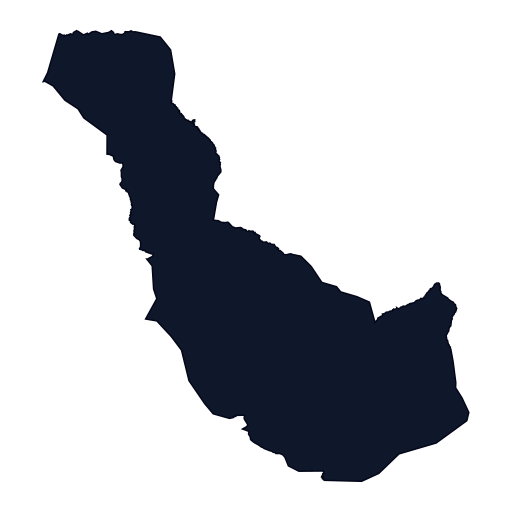 O'mnodelger, Hentiy, Mongolia
{"feature_id": "93677404B98015176307240", "entity_name": "O'mnodelger", "entity_type": "district", "adm_level": 2, "iso_a3": "MNG", "parent_name": "Mongolia", "parent_adm1": "Hentiy", "projection": "robinson", "projection_center": [109.533, 48.49], "detail": "fine", "context": "isolated", "style": "filled", "palette": "ink", "viewbox_px": 512, "rotation_deg": 0, "n_neighbors": 0, "source": "geoboundaries", "source_scale": "gbopen_adm2", "svg_char_len": 6052}
<svg xmlns="http://www.w3.org/2000/svg" viewBox="0 0 512 512"><path d="M160.2,37.0L135.5,31.8L133.1,31.9L131.0,30.8L129.0,31.8L125.1,31.7L124.7,33.1L122.5,34.5L120.4,34.5L117.4,33.8L114.9,34.5L114.0,34.1L113.5,32.4L111.4,30.7L108.8,32.4L101.8,33.8L95.8,31.3L91.9,31.9L88.4,34.2L87.5,33.2L83.4,34.9L77.7,31.1L76.9,31.2L76.6,30.7L73.4,32.5L73.5,33.2L72.5,34.4L70.2,33.8L69.8,34.5L68.7,34.6L68.5,35.1L67.5,35.4L67.5,35.0L66.7,34.9L66.2,35.4L64.2,35.9L64.1,35.1L62.7,35.4L59.8,33.7L59.0,34.0L58.8,34.5L47.6,72.8L43.2,81.6L44.9,81.3L53.1,85.9L64.9,100.2L78.0,108.8L83.8,117.9L107.1,135.0L107.0,154.2L109.5,154.4L111.3,155.4L113.0,155.7L113.1,156.5L113.7,157.5L113.7,158.8L114.5,160.4L115.5,161.5L120.1,163.1L122.5,162.8L123.1,165.2L123.0,166.9L121.0,170.3L121.4,172.4L121.4,176.6L122.0,178.2L122.2,180.5L121.5,182.4L120.3,183.3L120.0,184.5L122.3,187.9L126.0,189.7L125.8,190.8L126.8,191.2L127.1,191.8L128.3,192.2L129.5,196.0L130.4,197.8L130.5,199.8L131.0,200.3L131.2,202.0L131.7,203.2L131.4,204.5L131.8,204.8L131.7,205.5L132.6,206.6L132.2,207.0L132.1,208.9L130.8,209.7L131.3,210.5L130.5,212.6L131.2,214.2L130.4,214.5L129.9,215.5L130.5,216.0L130.6,216.5L129.6,217.6L129.2,219.5L129.4,220.3L130.6,220.3L130.5,222.1L131.4,223.2L132.1,223.2L132.4,223.9L133.1,224.3L134.1,223.9L134.9,225.2L134.3,226.6L134.9,227.2L134.3,227.9L134.7,228.3L134.3,229.7L134.6,230.2L133.9,231.0L134.4,231.7L134.1,232.2L134.5,232.6L134.3,233.5L133.8,233.7L133.8,235.2L136.7,238.4L139.3,239.8L140.2,240.9L140.6,242.8L140.6,246.3L140.5,247.1L139.5,248.6L139.7,249.3L141.6,249.6L142.7,250.4L144.8,250.5L145.5,251.7L151.5,253.9L153.3,253.9L153.3,254.3L152.6,256.2L152.0,256.7L149.0,258.1L148.5,258.9L146.7,259.0L152.2,265.9L153.6,289.0L156.8,298.7L145.6,319.0L156.8,320.9L171.2,336.4L181.5,350.1L189.0,380.7L204.8,403.8L213.2,413.8L229.5,418.4L233.4,417.5L233.3,417.0L235.0,416.5L235.5,415.7L235.9,416.1L236.2,415.4L244.2,415.2L244.6,416.0L244.1,417.5L244.4,419.2L247.8,424.7L246.9,426.5L242.5,429.0L249.2,431.5L248.6,432.9L248.6,434.3L250.2,436.8L250.6,439.4L251.3,440.3L254.3,442.6L258.6,445.0L261.5,447.1L263.3,447.7L263.9,448.4L267.9,450.0L268.3,449.9L269.2,450.6L271.8,451.2L273.0,452.2L275.3,452.7L275.9,453.5L279.6,453.5L282.5,454.6L284.8,457.0L288.4,465.9L298.8,471.2L323.1,471.0L323.2,471.7L323.8,472.0L323.9,472.9L323.4,473.4L323.5,473.9L322.7,473.9L322.6,474.4L322.9,475.0L322.4,475.7L322.8,475.8L321.9,476.0L321.6,476.9L322.4,476.9L322.1,477.4L322.3,478.2L322.5,477.8L323.4,477.9L323.2,478.5L324.2,480.3L361.6,481.3L378.8,473.4L399.0,453.9L436.2,443.0L466.8,420.7L468.8,412.5L462.0,397.9L455.6,387.8L455.8,382.6L453.1,361.7L450.8,349.1L450.3,348.1L450.4,347.1L449.3,346.1L449.1,344.9L448.0,344.1L448.3,343.5L447.9,342.7L447.8,341.3L447.5,340.3L446.6,339.5L446.6,337.7L446.1,336.8L446.4,336.1L446.1,334.9L446.8,334.4L447.5,332.8L448.5,331.4L448.9,330.0L448.7,328.8L449.1,328.5L449.0,327.8L449.7,327.2L449.8,326.3L450.6,326.2L450.8,325.7L451.4,320.9L451.2,320.5L452.3,318.9L451.8,317.7L453.3,315.0L454.0,314.5L454.6,312.7L455.6,311.9L456.7,308.4L455.9,307.0L455.4,304.6L454.1,303.8L453.3,302.2L451.4,301.4L448.4,299.2L447.7,298.0L441.3,294.2L441.5,293.8L440.8,293.1L440.8,291.4L439.7,289.8L440.3,289.0L440.0,288.5L440.3,287.2L439.8,285.6L439.0,285.2L439.6,284.1L438.7,283.0L436.3,283.1L436.1,283.8L434.7,284.2L433.3,287.0L431.7,288.5L430.4,288.7L430.2,289.7L429.2,290.4L428.6,291.6L426.6,293.3L426.7,293.8L425.2,295.5L425.2,296.3L424.5,297.2L424.0,297.2L423.9,297.9L421.8,298.8L421.0,298.3L419.6,299.8L417.0,300.3L415.7,301.1L414.3,302.7L409.5,303.7L409.1,304.6L408.0,304.5L405.4,306.3L403.1,306.1L401.7,307.3L401.1,307.0L400.4,307.5L399.4,308.7L397.9,308.5L396.9,307.8L397.1,308.5L396.8,308.7L394.3,309.3L393.6,309.1L393.5,309.6L392.6,309.8L392.5,310.9L390.0,311.1L388.6,312.0L386.2,312.2L384.7,313.5L382.5,314.1L383.0,314.9L382.3,315.3L382.0,316.3L381.0,316.3L377.9,318.1L377.6,319.5L376.1,321.2L375.2,321.3L374.9,322.1L369.4,302.1L357.0,296.7L340.7,291.9L336.5,286.7L321.8,282.4L311.2,266.5L300.9,256.2L291.8,254.3L290.8,253.7L289.9,253.9L289.5,254.4L288.6,254.1L286.5,254.8L283.4,254.4L283.1,253.1L280.0,250.5L278.6,250.2L278.2,249.6L278.2,249.1L277.9,249.1L278.4,248.6L277.4,247.6L275.6,247.0L274.2,244.5L271.2,244.3L269.9,243.1L268.1,243.5L266.5,241.9L263.2,242.3L262.3,241.3L261.2,241.1L259.0,238.5L259.9,236.3L259.5,235.7L255.9,233.8L255.2,233.9L254.8,233.5L255.1,232.5L253.9,232.4L253.1,231.9L253.3,231.5L252.9,231.1L250.4,231.3L248.9,230.7L248.2,231.4L246.7,231.3L245.9,229.9L243.0,229.2L241.6,227.9L240.4,227.5L235.6,228.0L232.3,226.7L228.7,222.8L227.8,222.2L225.1,222.6L221.2,222.3L218.4,220.7L213.4,220.2L216.5,202.2L218.6,194.8L213.4,188.8L213.4,185.6L213.9,182.5L216.9,177.6L217.4,176.1L220.8,172.0L220.9,170.0L219.9,166.3L220.3,164.3L219.9,163.0L220.2,162.6L219.9,162.5L219.8,161.9L218.9,160.8L219.5,159.6L219.1,159.5L219.4,157.7L218.9,157.2L219.0,156.2L216.9,154.3L216.8,153.9L216.0,153.7L215.6,152.3L216.0,151.7L215.9,150.2L215.3,149.6L215.5,148.0L214.7,147.9L214.8,147.1L214.0,145.0L213.0,144.1L212.3,142.6L210.3,141.0L210.2,140.1L207.8,137.6L207.1,137.6L206.7,136.6L205.8,136.0L205.7,136.5L205.4,136.5L205.3,136.0L204.6,135.4L204.5,134.6L203.2,134.5L202.6,133.4L200.7,132.5L200.5,131.8L199.9,132.0L199.8,130.6L198.8,130.2L199.1,129.8L198.6,129.5L198.7,129.0L197.9,128.9L198.1,128.2L197.4,126.9L196.2,126.7L196.1,127.1L194.3,125.9L194.5,125.2L194.1,124.6L194.3,124.0L193.7,123.9L193.6,122.7L193.2,122.7L194.7,121.7L194.7,119.8L193.1,120.1L192.2,121.1L192.3,121.7L191.1,122.2L190.0,121.4L189.1,121.5L188.6,120.8L188.0,120.8L187.9,120.3L187.3,120.6L185.8,119.4L185.4,119.6L184.7,119.2L184.8,118.8L184.4,118.7L183.7,116.5L182.6,115.3L182.0,115.4L181.9,114.5L181.1,114.0L181.2,113.6L179.6,112.9L179.3,112.2L179.5,111.7L179.0,111.5L179.4,111.0L179.3,110.4L178.0,109.8L177.8,108.9L177.2,108.4L177.4,108.1L176.3,107.5L176.3,106.8L175.3,106.4L175.2,105.7L174.4,105.5L174.8,104.9L173.6,104.5L173.6,104.2L172.7,103.8L172.8,103.5L171.1,103.0L171.7,101.4L171.8,100.9L171.2,100.6L174.7,73.9L170.6,49.9L160.2,37.0Z" fill="#0f172a" stroke="#020617" stroke-width="1.5"/></svg>